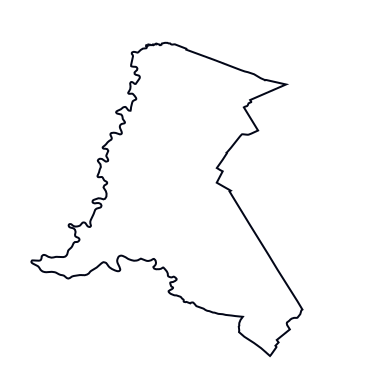 outline of Hong Dan, Bạc Liêu, Vietnam, rotated 285°
{"feature_id": "81297802B80223312825495", "entity_name": "Hong Dan", "entity_type": "district", "adm_level": 2, "iso_a3": "VNM", "parent_name": "Vietnam", "parent_adm1": "Bạc Liêu", "projection": "robinson", "projection_center": [105.381, 9.509], "detail": "fine", "context": "isolated", "style": "outline", "palette": "ink", "viewbox_px": 384, "rotation_deg": 285, "n_neighbors": 0, "source": "geoboundaries", "source_scale": "gbopen_adm2", "svg_char_len": 5896}
<svg xmlns="http://www.w3.org/2000/svg" viewBox="0 0 384 384"><g transform="rotate(285 192 192)"><path d="M84.4,55.2L83.3,54.9L82.5,55.2L82.0,55.9L81.6,57.1L80.5,62.3L79.6,63.8L77.7,65.8L77.0,67.1L76.6,68.3L76.5,70.2L76.8,72.0L78.6,77.2L79.0,80.2L78.9,81.6L78.1,84.8L77.9,86.4L78.1,88.8L78.0,90.1L76.5,93.3L76.4,94.0L76.4,94.9L77.2,96.2L79.3,98.0L80.2,99.4L82.8,105.3L83.9,110.0L85.1,112.0L86.6,113.4L88.7,114.3L89.8,115.1L94.4,119.5L99.5,122.9L100.7,123.9L101.3,124.7L101.4,126.2L101.2,127.5L99.9,129.2L99.0,130.2L97.9,131.8L96.9,134.6L96.3,138.0L96.2,139.9L96.3,141.0L96.7,142.0L97.1,142.4L97.8,142.8L98.8,142.7L100.9,141.3L103.9,138.7L105.2,137.9L106.3,137.5L107.8,137.4L110.0,137.7L111.1,138.3L111.9,139.3L112.3,140.5L112.3,141.8L111.8,144.7L110.9,147.4L110.7,148.6L110.5,151.2L110.6,153.8L111.4,156.1L112.1,157.4L114.4,159.9L113.8,165.5L113.8,166.6L114.2,168.0L115.4,170.1L116.9,171.5L117.4,172.2L117.5,172.6L116.9,173.9L116.1,174.7L114.5,175.5L113.3,175.7L112.4,175.6L111.3,175.2L109.6,174.1L109.1,174.3L108.2,175.4L108.1,177.3L108.9,180.2L109.8,181.9L111.5,183.5L111.6,184.0L110.3,186.1L108.7,188.3L107.0,189.7L105.2,190.3L104.4,190.9L104.1,192.3L104.1,193.7L104.3,194.6L105.4,196.0L105.5,196.5L105.0,198.2L104.1,199.6L103.3,199.8L101.8,198.8L100.2,197.0L99.4,195.1L98.9,194.5L98.4,194.5L97.4,195.0L95.7,196.2L95.3,196.7L95.0,198.1L94.6,198.5L94.1,198.5L92.9,197.7L91.6,196.2L90.3,195.1L90.0,195.1L89.3,195.5L88.5,196.8L88.1,198.0L87.7,201.2L87.7,202.0L88.1,203.8L87.8,208.0L87.4,208.9L86.6,209.8L85.8,211.7L85.4,212.0L84.1,212.3L83.8,212.8L83.9,214.2L84.4,215.1L84.0,219.2L84.9,219.8L85.4,220.9L85.5,221.7L84.9,222.9L82.9,225.8L82.3,233.4L81.5,235.6L81.2,237.5L81.4,239.6L81.0,243.4L81.3,245.1L81.1,248.9L81.9,253.3L82.0,256.4L82.9,262.1L83.4,266.1L84.6,273.4L81.0,272.0L77.8,271.6L76.1,271.9L75.1,272.3L74.2,272.0L70.7,273.4L68.8,273.7L65.7,280.1L62.2,291.0L59.0,299.3L53.8,309.8L55.0,310.4L63.9,313.7L64.3,313.6L65.1,312.4L69.1,314.6L71.0,312.2L84.6,322.1L88.0,318.4L89.5,317.6L90.5,317.5L93.0,319.4L94.2,320.0L95.5,321.1L96.8,323.1L97.5,325.7L97.9,326.4L102.0,328.2L105.8,328.3L106.2,328.4L107.0,329.1L113.6,322.3L139.1,294.7L151.0,282.3L175.0,256.7L198.6,231.9L202.3,228.1L203.3,229.1L207.4,213.5L219.9,216.3L220.4,213.9L221.6,209.8L231.1,213.3L238.5,215.7L238.9,215.2L239.6,215.7L244.8,218.2L258.2,224.0L260.1,225.0L260.6,225.3L260.9,226.0L261.6,230.4L262.0,231.8L263.7,234.1L268.5,239.9L287.2,220.2L288.2,221.2L289.2,222.9L290.1,223.4L292.3,223.7L294.1,225.9L294.6,225.8L295.9,224.4L320.2,255.0L319.4,234.8L319.3,234.1L318.8,233.6L319.1,232.8L319.7,228.9L321.8,221.5L322.2,215.1L322.1,211.7L322.4,207.6L325.4,178.7L328.0,149.6L328.9,149.5L330.2,137.2L329.2,134.5L329.3,133.3L329.8,132.6L329.5,130.8L329.7,129.7L329.1,127.3L327.6,124.5L326.5,124.4L326.3,123.9L325.8,123.8L325.5,122.8L326.1,121.9L325.9,121.0L326.1,120.4L326.1,119.2L325.3,119.0L325.5,118.3L324.7,117.6L324.5,116.7L324.0,117.0L323.8,116.8L323.8,116.5L324.2,116.0L323.5,115.4L323.4,114.9L323.5,114.0L322.9,113.4L323.3,112.8L323.2,111.6L322.0,111.5L322.2,110.9L321.9,110.5L322.1,110.0L322.0,109.8L321.0,109.8L320.7,110.4L320.3,110.9L319.5,110.9L319.0,110.6L317.8,107.5L315.9,105.7L313.3,104.1L312.6,103.5L312.5,102.7L312.5,100.5L312.2,99.2L311.4,98.1L310.8,97.9L309.9,98.1L308.7,99.5L307.7,99.9L298.9,100.3L297.8,100.7L297.7,101.2L297.8,102.7L298.3,105.2L298.2,106.0L297.6,106.9L297.1,107.3L295.7,107.4L292.9,105.7L292.4,105.6L291.2,106.1L290.7,107.3L290.7,110.5L290.3,111.3L289.5,111.9L288.4,112.0L287.6,111.8L281.9,109.7L281.6,109.0L281.7,108.4L282.5,106.6L282.7,105.4L282.2,104.5L281.6,104.3L280.8,104.2L278.1,105.3L275.6,105.7L273.9,105.4L271.5,104.7L270.9,104.9L270.6,105.4L270.6,106.0L271.4,108.4L271.5,109.1L271.2,109.9L269.8,112.0L268.4,113.6L267.5,114.1L266.8,113.9L265.3,112.1L264.3,111.3L262.9,111.1L258.2,111.2L255.7,111.6L254.6,111.6L254.3,110.1L254.6,109.2L256.7,106.4L256.9,105.5L256.5,104.5L255.9,103.6L253.5,101.9L251.1,99.0L250.2,98.2L249.3,98.1L248.7,98.7L248.4,99.4L248.5,103.6L247.6,104.8L246.2,105.6L244.7,106.2L242.3,109.0L241.6,109.3L240.9,109.0L239.4,106.3L238.2,105.5L237.0,105.3L236.0,105.5L234.8,106.2L232.2,108.3L230.8,109.0L230.0,108.9L229.4,108.4L229.0,107.4L229.3,103.1L229.0,101.0L228.1,98.9L227.3,98.3L226.1,98.4L223.8,100.3L222.8,100.7L221.7,100.5L220.0,98.9L218.1,97.6L216.0,96.7L214.3,95.7L212.9,94.6L212.1,94.2L211.6,94.3L211.2,94.7L211.0,95.5L211.4,97.4L211.4,99.2L210.0,100.5L205.2,99.8L204.2,100.1L202.7,101.7L201.2,102.8L200.2,102.8L199.4,101.8L199.1,100.7L200.6,96.5L200.3,94.5L199.3,93.3L198.1,92.9L197.3,93.3L195.0,96.4L192.5,97.5L189.9,97.1L186.8,97.1L184.1,96.7L182.9,96.6L182.4,96.9L182.1,97.4L182.2,98.3L183.1,100.8L183.1,101.5L182.7,102.1L180.7,104.0L180.3,104.7L179.9,106.5L179.4,107.5L178.2,107.8L177.0,107.0L175.7,105.7L174.5,105.4L173.4,105.4L170.5,108.6L168.3,109.9L165.4,110.5L163.0,109.8L162.0,108.4L162.1,105.3L161.7,103.2L159.2,99.5L158.5,98.7L157.8,98.4L156.6,98.5L156.0,99.1L155.8,100.5L155.9,101.2L156.7,103.0L157.2,104.8L156.9,106.7L156.4,107.4L155.4,108.1L154.2,108.1L153.6,107.8L153.0,107.1L151.5,104.5L150.7,103.7L149.7,103.1L145.3,102.7L138.8,101.5L137.2,101.4L135.4,101.9L133.4,103.1L132.7,103.1L132.0,102.7L131.6,101.8L131.8,100.3L132.2,99.6L134.3,97.2L134.6,96.4L134.6,95.4L134.2,94.5L133.8,94.1L130.7,92.6L129.8,91.5L129.0,90.0L128.5,88.6L128.4,87.2L128.6,85.9L129.5,84.0L129.6,83.4L129.4,82.3L128.9,81.7L128.4,81.5L127.5,81.6L126.7,82.2L126.4,82.7L126.2,83.6L126.2,87.1L125.2,88.8L123.3,89.9L120.3,90.1L119.3,90.6L119.0,90.9L118.6,92.0L118.4,93.7L118.0,94.8L117.4,95.4L116.7,95.7L115.7,95.5L114.6,94.8L114.1,94.2L113.3,91.8L112.0,90.9L108.4,90.3L107.1,89.8L104.6,88.2L103.4,87.6L99.7,87.6L98.7,87.4L97.5,86.8L96.6,86.0L95.8,84.5L94.2,77.5L92.9,75.0L92.2,73.2L92.2,70.1L93.0,67.0L93.0,65.7L92.8,64.9L92.3,64.3L91.0,63.5L89.1,63.8L87.8,63.7L87.3,63.6L86.5,62.9L86.0,61.8L84.7,55.8L84.4,55.2Z" fill="none" stroke="#020617" stroke-width="2"/></g></svg>